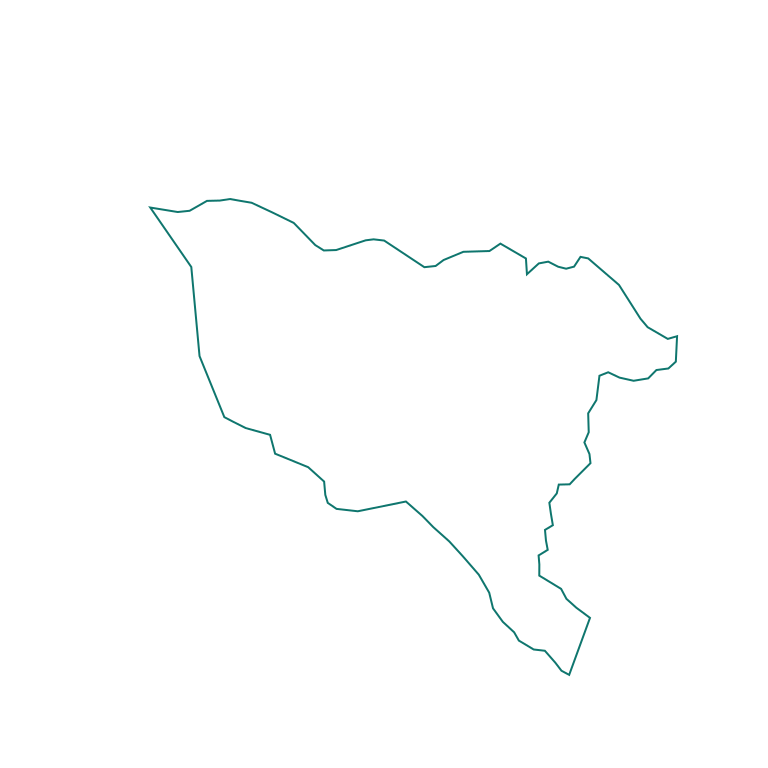 the district of São Vicente, Rio Grande do Norte, Brazil, rotated 293°
{"feature_id": "56859067B27519225509016", "entity_name": "São Vicente", "entity_type": "district", "adm_level": 2, "iso_a3": "BRA", "parent_name": "Brazil", "parent_adm1": "Rio Grande do Norte", "projection": "albers", "projection_center": [-36.661, -6.196], "detail": "fine", "context": "isolated", "style": "outline", "palette": "teal", "viewbox_px": 768, "rotation_deg": 293, "n_neighbors": 0, "source": "geoboundaries", "source_scale": "gbopen_adm2", "svg_char_len": 1329}
<svg xmlns="http://www.w3.org/2000/svg" viewBox="0 0 768 768"><g transform="rotate(293 384 384)"><path d="M542.5,635.1L536.4,627.6L539.3,604.5L544.3,594.6L567.0,561.6L579.4,522.9L577.8,515.2L566.3,513.1L561.3,506.6L560.0,498.5L560.8,487.4L555.5,479.4L540.9,472.7L555.0,465.6L558.7,436.3L547.6,429.1L536.7,405.4L521.4,390.4L512.8,385.4L507.3,375.5L516.1,328.1L513.1,317.9L509.1,311.0L488.6,287.6L483.4,276.4L485.0,266.5L497.0,238.0L498.3,213.9L499.1,191.3L496.5,180.4L494.1,170.0L488.7,161.2L483.4,149.5L467.5,137.4L461.7,126.9L455.1,99.9L416.4,160.9L337.6,203.3L291.1,250.0L290.3,260.1L289.4,273.9L292.7,299.0L277.3,311.0L277.8,346.7L270.8,367.0L259.0,373.3L252.6,378.7L250.5,389.1L256.6,409.6L284.4,450.1L277.5,471.0L271.5,485.3L264.6,505.6L256.3,523.7L245.5,545.8L233.0,562.4L220.1,572.0L211.5,586.3L206.3,600.8L200.5,608.4L198.1,625.5L201.3,636.3L194.4,650.6L189.4,659.4L188.6,668.1L249.2,665.0L253.2,648.5L257.5,635.9L264.6,627.1L268.3,601.8L278.6,597.5L286.6,593.3L295.3,599.5L303.1,594.3L312.6,589.2L320.0,594.6L329.7,588.4L339.3,582.6L350.8,585.8L359.7,584.2L364.2,594.1L371.3,596.7L391.8,605.0L399.8,600.5L408.5,591.3L419.6,591.3L436.8,583.4L452.2,585.8L475.8,579.1L482.4,585.8L481.9,598.3L484.5,612.5L492.4,625.0L503.3,629.3L509.4,639.7L518.6,643.9L542.5,635.1Z" fill="none" stroke="#0f766e" stroke-width="2"/></g></svg>